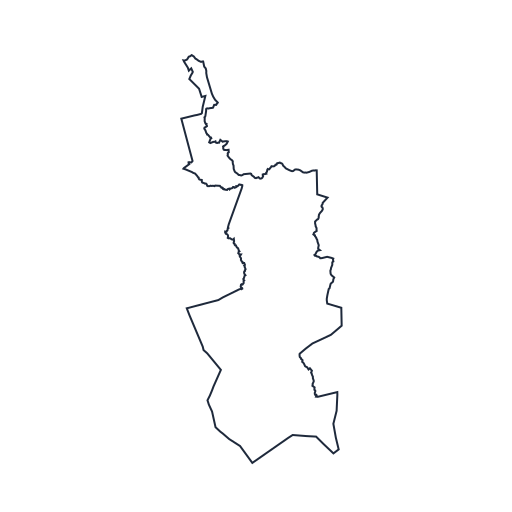 Tinderet, Rift Valley, Kenya (Mercator projection), rotated 75°
{"feature_id": "3690345B14310804681504", "entity_name": "Tinderet", "entity_type": "district", "adm_level": 2, "iso_a3": "KEN", "parent_name": "Kenya", "parent_adm1": "Rift Valley", "projection": "mercator", "projection_center": [35.153, -0.008], "detail": "fine", "context": "isolated", "style": "outline", "palette": "slate", "viewbox_px": 512, "rotation_deg": 75, "n_neighbors": 0, "source": "geoboundaries", "source_scale": "gbopen_adm2", "svg_char_len": 6100}
<svg xmlns="http://www.w3.org/2000/svg" viewBox="0 0 512 512"><g transform="rotate(75 256 256)"><path d="M48.3,275.4L50.0,275.1L56.4,273.1L59.6,272.9L58.0,270.0L61.8,269.4L62.7,270.1L64.7,272.2L67.8,274.6L79.7,267.7L88.3,267.3L88.3,263.5L98.2,268.9L104.0,271.3L104.5,272.2L104.5,276.5L104.3,278.8L104.0,292.6L147.8,292.7L148.5,293.6L148.9,294.4L148.1,296.1L148.0,296.9L148.7,297.1L150.0,296.7L152.4,302.9L152.9,303.5L154.2,301.5L158.3,296.2L159.4,295.2L160.6,293.5L163.2,292.2L164.9,291.6L165.4,291.1L166.4,291.3L167.4,290.9L167.9,290.1L168.5,288.7L170.4,289.1L171.1,288.9L171.6,288.3L171.8,287.7L172.8,286.7L173.0,285.7L173.9,285.1L175.7,284.9L176.1,284.4L176.5,282.6L176.3,281.8L176.9,280.6L177.0,279.4L177.8,277.9L177.4,277.2L178.9,272.7L179.8,272.4L180.4,271.9L181.1,271.7L181.1,271.0L181.5,270.5L182.6,270.6L183.2,270.0L183.2,269.2L183.9,268.8L184.7,266.8L184.1,266.1L184.0,265.2L184.0,264.4L184.8,264.2L184.3,263.4L184.3,261.6L184.0,260.9L183.4,260.3L183.7,259.4L184.5,259.1L184.5,258.0L184.2,257.0L183.4,256.9L183.7,255.8L183.5,255.0L182.6,253.8L182.7,253.1L183.3,252.5L183.5,251.6L184.0,250.9L184.8,251.1L187.1,252.4L218.3,274.1L221.1,275.7L221.8,275.4L222.1,276.1L222.6,276.5L223.3,276.6L223.9,277.0L224.2,277.9L224.9,278.1L225.2,278.8L224.6,279.5L225.2,279.7L226.7,279.4L227.6,278.2L228.6,277.8L229.6,277.8L231.2,278.6L231.8,278.0L232.1,276.5L233.7,275.1L234.1,274.4L234.1,273.7L233.7,273.0L236.0,273.3L237.2,274.1L238.0,274.2L238.6,273.5L239.6,273.7L240.3,273.4L240.5,272.7L242.7,272.3L243.9,271.3L246.2,271.2L247.2,270.8L247.5,271.7L248.8,272.4L249.4,271.9L250.4,271.7L250.4,270.8L250.6,270.1L251.1,270.6L251.6,271.6L252.3,271.8L253.8,271.2L254.5,271.1L255.9,271.6L257.4,271.2L258.2,270.6L258.8,270.9L259.5,270.7L259.5,269.8L259.7,269.2L261.6,269.0L262.2,269.9L262.9,269.5L263.8,269.8L265.5,269.5L266.3,269.6L266.8,270.4L267.6,270.5L267.9,271.3L268.5,271.7L270.1,271.9L271.8,271.2L272.0,272.0L274.5,273.6L274.9,274.2L275.7,274.2L276.5,273.7L277.0,274.5L278.9,274.9L280.1,276.4L279.5,277.2L279.8,277.9L281.6,278.7L282.3,278.6L283.4,277.7L284.0,277.7L284.3,278.7L283.8,279.2L283.9,281.1L287.4,298.7L288.8,303.7L288.6,336.4L296.0,335.6L329.8,330.9L333.3,331.0L337.4,328.3L356.9,319.4L371.0,330.8L374.5,333.3L378.9,336.7L382.8,340.2L387.3,340.0L394.9,338.7L410.9,339.4L416.5,335.9L418.8,334.1L426.0,329.2L435.4,320.6L454.9,313.1L440.0,271.9L438.4,266.9L443.1,253.6L446.0,244.7L454.8,239.6L466.7,232.3L464.2,226.2L452.1,225.9L438.1,224.7L426.4,218.2L411.0,213.3L408.5,212.7L408.0,232.7L407.4,234.4L406.3,233.5L405.6,233.7L405.5,234.7L404.6,234.9L403.5,234.7L402.0,233.7L401.2,233.6L400.5,234.2L399.7,234.1L398.1,233.4L396.0,235.1L395.3,234.6L394.3,234.5L392.1,232.7L391.1,232.5L388.8,232.7L387.3,232.3L385.1,232.7L383.7,232.6L383.0,233.0L381.3,231.7L378.4,233.0L379.2,234.6L376.7,235.4L375.6,236.7L375.1,237.1L373.1,237.4L371.9,237.7L371.0,238.1L370.4,238.7L369.6,238.6L368.7,238.0L367.9,238.4L367.2,239.1L366.3,239.0L365.1,239.8L364.2,239.8L362.6,239.5L361.7,239.1L358.3,231.9L355.1,224.1L351.5,204.0L345.5,191.3L328.1,187.0L320.4,199.5L317.1,199.1L315.6,198.7L312.3,197.2L306.7,194.3L306.2,193.3L302.3,191.2L301.8,190.5L300.9,188.5L300.4,188.1L298.5,187.3L297.0,186.0L294.4,187.9L293.2,188.4L292.3,188.5L289.5,188.0L288.0,187.0L287.1,186.7L284.3,184.6L282.0,184.0L281.5,183.5L281.3,182.7L279.4,182.6L278.5,182.0L277.4,183.5L275.2,187.5L275.1,192.9L274.8,194.5L273.9,194.9L273.0,195.7L272.1,197.4L271.6,197.7L271.0,199.0L270.2,199.3L269.9,198.4L267.5,196.2L267.1,195.4L266.8,194.8L266.9,192.8L265.4,193.9L264.6,194.0L261.8,192.6L258.2,192.9L256.0,192.7L254.7,193.2L253.8,193.1L252.1,193.9L251.3,193.7L250.8,194.4L250.0,195.0L249.5,194.5L248.7,194.1L248.2,193.1L247.5,190.9L246.6,190.8L244.7,190.3L242.6,190.7L241.8,190.5L239.9,190.5L238.0,190.0L236.5,187.3L236.5,186.6L236.0,186.1L235.2,185.5L234.2,185.3L233.6,184.9L232.8,184.7L232.2,184.3L230.9,182.9L229.6,180.8L228.3,179.5L227.2,179.2L226.2,179.3L225.7,179.8L224.9,179.9L224.1,179.5L223.6,178.8L222.8,178.1L221.9,177.8L218.1,171.8L212.3,180.9L189.0,175.2L188.6,176.5L188.6,177.5L188.3,178.1L188.1,179.8L188.6,182.7L188.6,185.7L188.2,186.4L188.1,187.3L187.4,188.9L184.8,191.0L183.6,192.6L182.7,194.9L182.6,196.0L183.5,198.0L183.5,198.8L183.2,199.6L181.7,201.6L179.1,204.5L177.3,205.4L175.8,206.4L174.3,206.6L173.6,206.9L173.0,207.4L172.6,208.4L171.9,208.8L172.0,210.7L171.8,211.4L173.1,212.6L172.8,213.5L173.6,214.3L174.0,215.4L173.7,216.9L173.3,217.8L174.1,218.6L175.1,220.1L175.7,220.7L175.5,221.6L175.0,222.1L175.5,222.7L177.4,223.6L178.4,224.8L179.2,224.7L179.2,226.4L178.9,227.5L179.0,228.4L179.9,228.6L180.8,228.5L182.0,229.6L182.4,230.4L182.5,231.4L182.1,232.3L180.5,233.2L180.7,234.3L180.6,235.0L180.8,235.7L180.5,236.6L179.9,237.1L179.1,237.4L177.0,239.1L176.3,239.4L175.4,239.4L174.9,240.0L173.8,246.7L174.3,248.2L174.4,249.5L173.6,250.7L173.2,251.8L171.7,252.6L169.6,254.4L168.7,254.7L166.1,255.0L162.9,254.3L161.2,254.5L159.1,254.2L158.5,253.9L157.1,254.5L155.9,255.6L154.0,256.6L151.7,257.5L150.9,257.0L149.6,256.8L149.1,256.4L148.8,255.5L146.3,255.0L146.1,256.9L145.3,259.3L144.8,259.7L143.4,259.8L142.7,259.5L141.7,259.5L141.3,258.7L141.4,258.1L140.3,255.8L139.9,255.2L138.1,253.6L137.6,254.4L137.2,255.9L136.9,257.9L137.0,258.6L134.6,260.4L137.0,262.4L136.7,263.2L136.8,264.2L136.3,265.2L135.5,265.5L134.8,265.5L135.0,266.4L134.7,267.8L135.1,270.8L134.1,271.8L130.9,269.5L130.7,268.7L129.9,268.8L129.5,269.6L126.5,271.0L126.0,271.8L125.3,271.7L124.6,272.1L122.6,272.3L121.6,272.3L120.0,272.9L119.2,272.9L118.6,272.4L118.5,271.6L117.9,269.8L117.0,269.7L116.1,270.1L115.5,269.7L115.1,270.4L114.4,270.6L112.4,270.7L109.7,269.9L108.7,269.9L108.4,269.2L107.7,268.7L102.9,266.6L101.2,266.2L100.8,265.7L100.8,264.8L101.2,264.0L101.3,261.9L101.6,260.2L101.6,259.1L99.2,257.3L99.7,255.3L98.9,254.7L98.6,253.9L97.9,253.2L94.5,255.1L91.0,256.1L87.8,256.6L70.6,257.1L66.4,256.7L64.4,256.1L61.8,256.0L59.7,257.0L54.4,256.7L54.2,257.5L54.3,258.8L52.6,260.9L50.3,262.7L49.8,263.4L47.2,264.4L45.3,266.2L46.0,267.8L46.1,269.4L47.9,271.2L48.4,271.9L48.7,273.8L48.7,274.5L48.3,275.4Z" fill="none" stroke="#1e293b" stroke-width="2"/></g></svg>